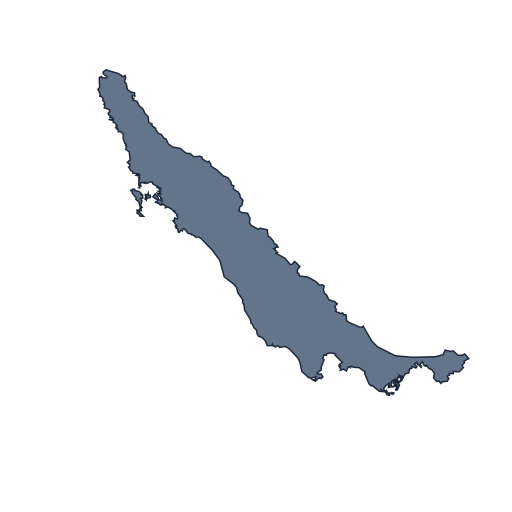 Halmahera Barat, Maluku Utara, Indonesia (Natural Earth projection), rotated 307°
{"feature_id": "22746128B52341022582766", "entity_name": "Halmahera Barat", "entity_type": "district", "adm_level": 2, "iso_a3": "IDN", "parent_name": "Indonesia", "parent_adm1": "Maluku Utara", "projection": "natural_earth1", "projection_center": [127.539, 1.359], "detail": "fine", "context": "isolated", "style": "filled", "palette": "slate", "viewbox_px": 512, "rotation_deg": 307, "n_neighbors": 0, "source": "geoboundaries", "source_scale": "gbopen_adm2", "svg_char_len": 6097}
<svg xmlns="http://www.w3.org/2000/svg" viewBox="0 0 512 512"><g transform="rotate(307 256 256)"><path d="M294.8,463.7L289.8,464.8L283.6,460.0L269.1,441.7L260.1,427.2L256.6,407.4L257.7,399.8L264.4,383.9L263.3,384.0L261.5,381.3L258.9,370.3L259.0,367.1L263.2,363.3L261.8,361.2L262.7,359.4L261.1,358.4L259.6,352.8L261.5,352.5L263.0,349.3L266.7,349.7L266.9,346.2L264.9,340.5L267.2,336.1L267.7,332.8L269.5,330.2L273.1,328.4L272.9,326.3L270.9,324.2L271.6,319.1L270.3,309.8L266.2,302.8L267.9,300.6L267.4,298.9L270.5,297.2L273.9,297.4L274.8,292.0L274.8,290.0L271.2,289.9L269.8,288.6L271.6,280.4L270.2,270.5L271.8,271.1L272.5,265.8L273.6,266.8L274.5,266.1L276.3,268.2L277.4,265.6L276.9,262.8L278.2,261.1L279.4,256.1L279.1,253.8L283.7,249.1L280.8,242.8L278.7,241.5L277.5,233.7L278.7,230.8L282.5,228.5L285.1,223.6L282.0,218.0L281.8,215.5L285.2,213.6L288.2,214.2L292.6,212.0L293.6,207.8L295.4,206.0L296.4,203.0L295.8,197.6L298.7,196.0L298.0,193.4L300.0,191.6L301.6,186.3L300.3,181.5L301.2,173.3L300.6,165.9L302.1,164.7L303.4,161.4L301.8,160.6L301.2,154.8L302.5,153.3L301.8,151.0L297.8,146.6L298.2,141.6L296.0,138.4L296.4,131.0L292.9,123.8L292.7,118.7L295.2,113.8L294.7,111.7L296.1,107.3L295.2,104.4L296.4,100.0L297.5,99.2L297.6,94.4L298.9,93.5L298.1,90.0L302.3,86.0L302.9,81.7L305.4,77.3L305.7,72.2L307.9,67.9L306.4,63.8L308.4,63.6L307.5,62.3L309.7,60.6L310.8,63.0L313.2,60.7L311.6,57.0L311.6,53.0L315.5,48.7L316.1,46.0L320.0,44.6L321.4,42.8L319.3,42.1L318.9,36.4L314.4,24.2L311.0,23.2L309.5,24.4L309.7,29.3L307.8,29.1L305.8,25.7L306.3,24.3L304.1,23.5L296.6,29.6L293.9,29.5L291.9,33.8L289.6,35.0L290.4,36.8L289.5,39.5L288.1,39.8L287.8,41.8L286.2,43.8L285.6,43.3L285.5,44.5L283.0,45.7L284.6,50.6L283.7,52.3L281.3,52.0L280.1,53.3L280.4,55.2L278.9,55.8L280.1,57.6L279.4,59.5L276.4,56.1L278.3,60.5L276.9,61.5L277.5,63.3L276.5,66.8L275.4,66.1L274.7,68.2L274.0,67.3L273.6,69.9L272.3,71.3L273.6,72.5L273.8,76.2L269.7,79.4L267.2,83.4L267.2,85.1L265.9,85.0L265.8,86.6L262.8,87.5L262.9,92.1L257.0,97.6L253.4,96.9L253.1,100.3L251.3,101.3L250.4,100.7L248.9,104.4L249.4,106.6L248.1,107.5L250.4,112.4L248.3,111.8L249.3,113.7L251.0,113.1L250.4,114.7L248.1,115.1L248.1,116.5L247.1,116.0L241.8,120.0L242.8,121.8L243.1,120.7L245.6,119.8L247.0,122.9L247.7,122.4L247.5,123.9L248.6,124.0L248.3,125.2L251.5,126.7L252.3,128.7L253.1,128.2L251.6,129.9L252.1,134.6L251.3,135.7L252.4,136.2L251.5,137.0L253.2,139.5L251.3,138.5L250.8,140.6L248.8,138.9L249.0,141.3L248.1,142.5L246.6,139.2L245.6,141.5L245.9,144.0L244.7,145.3L245.1,146.5L244.2,146.3L243.3,147.8L242.5,144.0L243.5,143.0L244.8,138.1L241.2,138.0L241.4,143.5L239.5,145.0L239.0,143.4L238.4,143.4L239.5,146.7L239.1,148.8L240.0,150.0L241.0,149.1L241.3,149.9L241.5,153.5L240.0,154.6L242.0,155.9L242.7,160.3L242.1,163.5L242.9,164.0L242.0,164.6L241.6,168.4L240.6,168.2L239.6,170.6L238.1,170.6L237.5,168.1L235.1,169.3L234.2,168.5L232.5,174.5L231.4,173.7L231.5,174.7L230.3,174.9L230.5,176.9L228.5,179.3L228.6,180.5L231.4,180.4L231.7,182.1L233.8,181.4L234.6,182.2L233.2,188.3L234.7,190.9L234.1,191.4L235.1,193.6L234.8,196.5L236.4,198.3L236.9,201.6L234.3,217.9L230.7,229.8L220.2,243.2L220.1,255.4L219.1,259.4L215.6,263.9L213.1,271.9L210.8,273.3L209.7,275.8L205.9,279.6L201.8,290.0L199.4,292.3L199.5,293.9L197.3,298.0L197.3,300.6L194.1,304.4L193.4,306.4L194.5,309.5L194.0,314.2L191.2,318.9L194.1,322.8L195.5,322.4L194.6,323.6L194.9,326.2L196.5,326.3L197.6,328.3L197.2,329.9L201.2,333.6L202.0,338.2L199.7,351.0L197.5,355.1L191.3,362.2L190.6,371.3L191.7,373.8L195.7,376.4L192.9,377.7L191.2,375.8L191.8,378.8L196.2,379.4L197.3,381.8L199.6,382.2L201.1,379.1L198.8,376.3L199.5,375.3L204.5,376.7L206.4,375.0L214.1,372.8L214.3,371.0L218.0,369.8L219.0,372.0L220.3,371.3L222.7,372.9L225.1,376.8L225.5,378.8L224.4,379.0L223.0,389.0L219.4,387.8L219.1,389.5L218.0,388.5L216.5,392.2L215.7,392.2L218.3,394.1L218.5,397.3L223.4,396.4L223.7,398.7L224.4,398.3L225.3,398.5L225.9,401.1L228.8,405.3L229.1,412.7L227.4,413.7L221.8,423.4L221.6,426.3L222.6,426.6L222.1,435.8L223.0,437.3L224.6,436.3L223.8,438.6L225.6,439.3L227.2,437.7L231.0,437.7L234.7,439.0L232.8,440.0L233.6,442.1L237.4,439.8L240.3,440.7L237.3,441.9L238.3,443.4L237.2,443.4L237.6,444.4L235.2,444.4L235.8,445.9L236.7,444.8L236.9,446.4L237.4,445.3L238.0,446.0L235.2,447.9L233.5,447.8L233.1,448.7L234.1,449.5L239.3,448.2L240.1,445.6L239.4,443.1L241.1,440.8L240.8,442.7L241.7,442.1L242.0,443.7L244.9,442.1L245.7,445.4L243.6,446.4L244.0,447.4L246.1,446.9L246.9,442.5L247.9,445.3L247.0,445.1L247.1,446.7L251.6,446.0L254.5,448.4L258.3,446.6L260.0,448.0L261.7,447.0L262.8,451.1L264.5,451.1L264.8,447.6L267.9,448.3L266.5,450.3L267.2,451.0L266.5,454.9L267.6,454.5L267.4,453.2L268.5,452.2L271.7,452.4L269.6,456.4L270.2,458.0L271.4,458.0L270.2,461.6L271.0,465.2L269.4,469.4L265.6,471.0L264.4,475.7L266.4,477.3L265.5,480.3L267.9,480.7L271.1,484.1L274.3,483.7L274.3,481.9L275.5,481.1L277.2,482.3L278.6,481.1L280.7,484.4L282.5,483.0L285.7,487.9L291.7,488.8L292.4,486.4L296.2,486.8L297.3,485.4L302.1,487.7L303.4,481.7L301.1,480.7L298.3,477.2L298.9,470.7L296.5,468.2L294.8,463.7ZM233.9,117.7L232.7,115.8L233.3,118.2L231.8,119.3L230.3,125.3L228.9,126.0L228.7,129.9L225.1,134.4L223.4,135.0L223.3,136.9L225.0,135.1L226.2,135.8L226.9,133.3L231.4,131.8L232.3,129.2L234.2,130.6L236.6,128.6L235.9,127.1L236.8,126.7L237.2,123.8L235.5,120.2L236.3,118.6L234.8,117.0L233.9,117.7ZM222.9,135.5L221.1,133.5L220.8,134.9L220.1,134.2L218.5,135.4L219.0,137.2L218.0,139.4L220.0,142.3L220.8,136.5L222.9,135.5ZM238.7,130.6L237.6,131.1L237.7,132.7L236.4,132.4L235.5,133.9L234.7,133.1L234.6,134.8L236.7,134.0L238.9,136.4L240.1,136.0L240.9,134.9L239.6,133.3L241.2,132.1L239.4,132.3L238.7,130.6ZM227.2,441.0L224.5,439.5L225.3,441.3L224.0,444.0L225.0,446.4L226.4,444.8L226.2,442.8L227.2,441.0ZM240.7,443.7L239.7,443.8L240.6,446.4L242.9,446.8L240.7,443.7ZM233.0,441.6L232.3,439.8L230.6,440.9L232.3,442.2L233.0,441.6ZM228.0,448.6L229.6,448.6L228.9,447.1L228.0,448.6ZM227.1,446.9L228.0,446.6L227.3,445.7L227.1,446.9ZM241.5,121.6L239.9,121.2L240.3,122.2L241.5,121.6ZM233.9,444.1L233.9,442.9L233.5,442.5L233.3,443.6L233.9,444.1Z" fill="#64748b" stroke="#1e293b" stroke-width="1.5"/></g></svg>